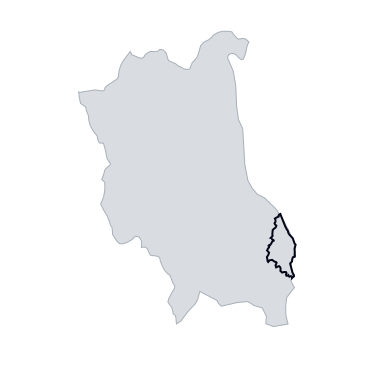 Silistra highlighted on a map of Bulgaria, rotated 76°
{"feature_id": "BGR-2261", "entity_name": "Silistra", "entity_type": "Province", "adm_level": 1, "iso_a3": "BGR", "parent_name": "Bulgaria", "parent_adm1": "", "projection": "natural_earth1", "projection_center": [27.051, 43.921], "detail": "fine", "context": "in_parent", "style": "outline", "palette": "ink", "viewbox_px": 384, "rotation_deg": 76, "n_neighbors": 0, "source": "natural_earth", "source_scale": "10m", "svg_char_len": 3431}
<svg xmlns="http://www.w3.org/2000/svg" viewBox="0 0 384 384"><g transform="rotate(76 192 192)"><path d="M316.2,239.0L309.6,238.0L307.3,238.3L305.8,239.8L302.8,239.5L299.0,239.5L295.0,241.3L292.9,242.0L289.9,240.4L284.5,235.6L281.2,232.3L278.7,231.4L276.2,232.4L267.4,233.6L265.3,235.5L261.2,237.6L257.1,238.7L251.2,239.4L248.1,239.3L246.4,240.3L244.9,243.5L243.9,246.5L243.0,247.8L235.7,249.3L234.1,251.1L233.6,252.8L233.7,254.5L227.9,252.8L223.3,253.9L222.3,255.3L221.3,257.2L221.8,259.2L223.5,261.1L225.1,266.5L225.6,271.8L224.6,274.8L221.3,276.9L214.3,279.3L207.5,278.2L204.5,279.1L199.5,279.4L194.9,280.1L187.8,282.2L181.4,283.5L175.7,279.1L168.9,276.1L161.8,274.3L159.3,275.6L158.2,276.6L152.3,272.7L149.6,271.3L148.3,269.8L145.8,264.6L144.4,264.4L139.4,266.3L134.7,266.2L131.8,265.9L123.3,266.1L122.1,269.7L121.1,270.2L119.2,270.7L114.7,270.5L108.9,273.1L102.7,274.7L97.8,274.8L92.8,274.0L89.8,274.5L83.4,274.8L79.2,278.7L72.9,278.5L67.5,277.8L68.2,276.6L69.5,261.3L72.3,254.5L72.2,253.1L71.6,252.0L69.3,250.9L67.7,247.2L64.3,237.5L62.4,235.6L56.9,233.5L52.1,230.7L48.0,227.0L40.7,217.9L44.5,217.0L45.7,215.2L49.5,210.2L50.0,207.7L49.6,206.3L47.1,203.9L45.5,198.6L46.9,193.7L47.1,191.2L45.8,188.7L47.2,185.6L49.9,183.9L51.7,183.4L58.8,183.1L63.5,176.9L66.3,174.9L69.2,171.3L70.5,170.1L71.8,167.3L72.2,164.5L66.6,160.6L64.8,157.6L62.3,154.4L58.9,152.1L52.1,148.2L49.5,144.3L48.4,139.2L46.6,135.4L44.7,132.9L44.3,130.8L43.5,128.3L43.4,123.4L45.2,116.8L46.3,114.5L48.6,113.9L54.8,110.4L55.2,105.9L56.4,103.2L58.4,101.6L60.2,100.5L63.5,103.1L71.6,107.2L75.6,110.2L75.4,112.1L73.5,113.9L69.9,115.8L67.7,118.2L67.1,121.1L67.6,123.2L70.1,125.1L84.9,122.7L99.8,123.9L119.8,128.0L133.1,129.4L142.9,127.5L161.1,130.9L178.0,134.1L194.3,135.0L203.5,132.5L209.9,129.2L215.4,122.9L229.1,114.5L242.3,109.9L259.5,106.1L271.0,104.8L272.7,106.1L287.3,113.7L293.9,113.8L299.2,115.1L301.1,117.1L302.4,117.6L309.5,115.7L312.6,119.9L317.5,125.8L325.8,128.8L333.2,130.5L335.5,130.8L343.3,130.7L342.3,145.4L337.7,152.2L330.6,149.9L321.6,151.8L316.9,159.6L314.2,161.9L311.8,164.6L310.2,174.7L309.9,191.3L306.5,193.3L303.4,193.9L290.4,208.5L297.9,212.6L301.2,215.7L306.7,224.4L314.6,234.2L316.2,239.0Z" fill="#d9dde1" stroke="#a8b0b8" stroke-width="1"/><path d="M268.2,104.2L271.7,106.2L276.7,107.1L277.8,107.6L278.9,107.5L279.0,107.6L279.8,108.1L279.6,109.5L280.6,110.6L283.3,111.7L283.9,112.2L284.8,113.7L285.3,114.1L294.5,114.0L297.4,113.2L298.5,113.5L299.4,115.4L299.7,115.8L298.4,115.7L297.5,116.4L297.8,117.8L296.9,118.7L296.0,118.7L296.3,119.4L296.1,120.6L294.7,120.8L293.6,119.9L292.4,120.2L291.9,122.1L292.0,124.0L290.0,125.3L287.6,124.5L286.1,124.7L284.9,125.6L285.5,128.6L283.4,128.7L281.1,127.0L280.2,127.5L279.6,128.7L277.2,130.7L277.1,133.4L278.3,135.0L277.4,135.4L276.5,135.2L273.3,135.1L271.4,133.1L269.5,131.9L266.9,133.3L265.5,132.2L264.3,130.6L263.5,130.2L262.7,130.7L262.2,130.0L262.2,128.7L261.5,128.1L261.0,127.4L260.1,126.8L259.3,125.7L259.0,124.5L258.3,124.6L257.6,125.6L256.7,125.9L256.0,126.0L255.6,126.7L254.9,125.6L254.1,124.4L252.5,124.3L248.4,122.9L247.3,121.0L246.9,119.9L246.0,118.8L245.0,118.3L243.7,119.2L242.3,119.5L241.1,118.2L239.4,117.8L237.8,118.0L237.1,115.6L236.8,113.8L235.5,113.6L234.8,112.2L234.7,111.6L238.7,111.1L248.3,109.8L249.9,109.3L250.9,109.2L251.3,109.1L252.3,108.5L252.8,108.4L255.0,108.4L256.7,107.9L261.3,105.4L266.9,104.9L268.2,104.2Z" fill="none" stroke="#020617" stroke-width="2"/></g></svg>